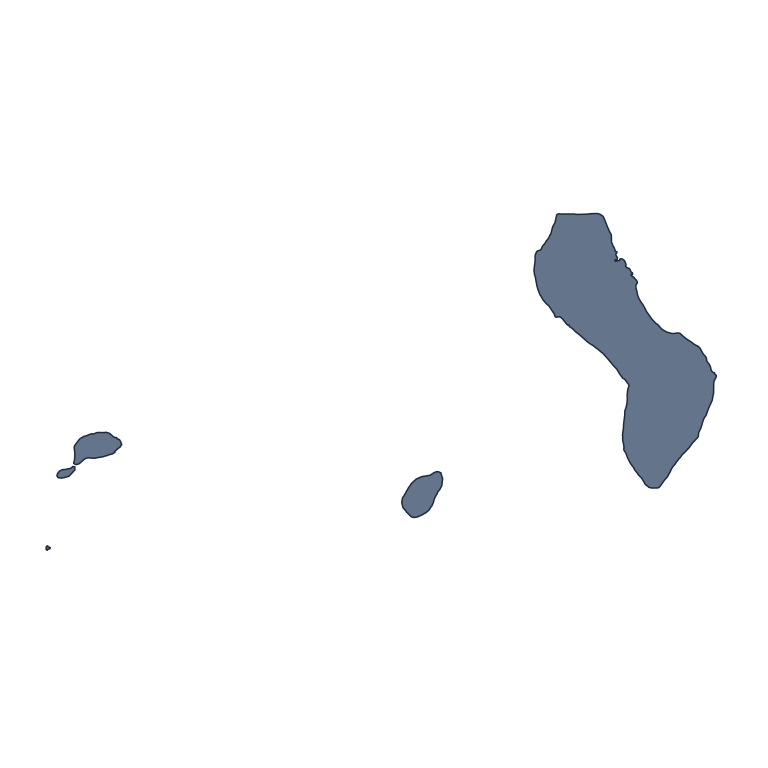 the district of Makimae, Shefa, Vanuatu, rotated 92°
{"feature_id": "77236927B14255204108964", "entity_name": "Makimae", "entity_type": "district", "adm_level": 2, "iso_a3": "VUT", "parent_name": "Vanuatu", "parent_adm1": "Shefa", "projection": "orthographic", "projection_center": [168.399, -17.15], "detail": "fine", "context": "isolated", "style": "filled", "palette": "slate", "viewbox_px": 768, "rotation_deg": 92, "n_neighbors": 0, "source": "geoboundaries", "source_scale": "gbopen_adm2", "svg_char_len": 5401}
<svg xmlns="http://www.w3.org/2000/svg" viewBox="0 0 768 768"><g transform="rotate(92 384 384)"><path d="M443.5,140.7L443.8,140.3L449.4,137.9L454.0,135.4L455.5,134.4L458.4,132.0L461.1,130.5L464.0,127.9L465.7,126.8L468.7,123.6L472.8,120.7L475.0,119.6L477.4,116.4L477.9,115.9L478.6,113.2L478.4,107.2L477.9,105.7L476.5,104.4L470.8,100.7L468.9,99.2L466.8,97.4L464.8,96.5L464.0,96.0L463.2,95.8L462.1,95.0L459.8,94.2L456.8,92.6L453.7,90.1L452.8,89.7L450.2,87.8L448.5,86.7L446.8,85.1L444.7,83.9L441.3,80.6L436.9,76.7L434.6,75.3L432.2,73.6L426.6,68.7L425.4,68.0L423.8,68.0L421.6,67.8L420.3,67.2L417.3,65.9L413.8,64.9L410.4,64.1L409.1,63.7L406.5,62.6L404.1,61.0L397.8,59.1L388.8,55.4L384.3,54.8L381.7,54.3L371.1,54.5L369.3,54.1L365.4,52.3L364.6,52.1L363.6,52.4L362.2,53.9L361.3,54.1L361.1,54.4L361.0,55.6L359.6,57.0L358.0,57.7L355.9,58.2L353.3,59.4L352.2,60.3L350.8,61.5L349.3,62.3L347.2,62.6L345.6,63.4L342.9,66.0L337.0,69.5L335.8,70.9L334.9,72.3L334.0,74.6L330.9,79.0L329.1,82.2L326.4,86.0L323.0,90.0L322.7,92.1L322.8,92.6L323.4,96.2L323.5,97.3L323.2,99.2L322.2,103.2L321.0,105.6L319.8,107.8L318.6,109.2L315.9,111.6L314.9,112.7L314.0,114.3L309.5,118.8L308.5,119.5L302.1,124.4L301.0,124.9L300.7,125.1L296.0,127.8L292.7,130.3L289.3,132.4L286.1,133.7L284.8,134.1L282.8,134.4L279.5,135.5L276.8,135.7L275.5,135.3L274.6,134.5L273.7,134.4L272.8,134.5L271.1,135.7L269.9,137.1L268.8,137.8L267.3,140.4L265.3,141.0L266.1,140.2L265.9,139.5L265.1,139.4L264.1,139.7L263.4,141.0L261.0,142.1L260.6,142.4L259.7,143.5L259.3,145.1L258.5,146.2L257.5,146.7L256.9,146.3L256.0,146.3L253.7,147.3L253.3,147.4L252.2,148.1L251.0,149.7L250.6,150.7L250.6,151.8L251.1,152.7L251.4,152.8L252.4,152.8L252.6,153.0L252.5,155.2L253.1,156.3L253.3,156.5L253.3,156.9L252.7,157.5L252.0,157.6L251.9,157.5L251.7,155.8L251.2,155.3L249.3,155.1L248.9,155.7L246.7,156.9L246.0,156.9L244.7,155.9L243.8,155.9L243.6,156.0L243.4,157.2L243.2,157.5L242.3,157.7L239.1,159.0L238.3,159.9L236.4,160.5L234.4,161.6L228.2,161.9L226.4,162.3L224.1,163.8L221.1,165.2L219.8,165.9L212.1,169.2L211.3,169.7L210.2,170.1L209.1,170.7L208.5,171.3L207.1,173.5L206.3,175.7L206.2,177.7L206.6,183.7L207.1,186.1L207.8,196.8L207.5,200.4L208.0,214.7L207.8,214.9L208.2,216.6L209.2,217.4L216.6,218.7L220.9,220.9L228.5,222.6L229.5,223.5L231.8,224.3L233.4,225.2L235.4,226.9L237.9,228.1L240.7,230.4L243.7,231.6L244.1,231.9L244.8,232.6L245.3,234.3L245.9,235.6L247.2,236.4L249.3,237.2L251.5,237.5L254.7,237.3L258.0,237.4L259.8,237.7L265.4,238.1L266.5,237.9L269.9,237.3L271.4,236.6L280.3,234.7L284.1,233.5L284.4,233.2L284.7,233.2L289.5,231.2L290.1,230.6L294.4,228.0L298.0,224.7L300.3,221.9L301.4,221.1L308.2,216.2L310.5,215.5L311.1,214.9L311.2,214.1L310.9,212.4L310.7,211.1L311.3,209.5L312.7,207.9L315.0,205.9L317.8,203.6L318.8,202.2L318.6,201.3L318.8,201.1L319.6,201.0L320.2,200.6L322.3,197.3L325.1,194.4L327.8,190.6L332.3,185.1L334.9,182.1L336.8,179.1L338.4,176.2L340.7,173.2L341.9,171.2L344.2,168.5L345.4,166.7L350.5,161.7L357.3,155.7L361.0,151.9L365.3,149.2L369.4,146.0L369.8,145.6L371.0,143.4L372.2,142.6L373.6,141.3L374.1,141.1L375.8,139.6L377.1,139.2L377.6,139.2L379.6,139.8L381.2,140.2L383.3,140.4L387.6,140.6L389.5,140.3L392.2,140.4L393.4,140.4L398.4,141.1L402.6,142.4L406.5,142.3L415.1,143.1L420.0,143.2L423.4,143.6L426.9,143.9L428.4,143.5L430.2,143.7L431.1,143.5L431.8,143.5L436.1,142.4L438.7,142.0L439.7,142.0L440.6,142.1L442.0,141.8L443.3,140.9L443.5,140.7ZM508.7,359.1L509.7,358.1L511.2,357.0L513.1,354.9L515.2,352.8L515.7,352.0L516.2,350.9L516.3,349.7L516.3,348.7L515.6,345.7L513.4,341.3L511.0,337.4L508.9,335.1L507.4,333.9L505.8,333.2L504.2,331.9L500.6,330.5L498.3,330.0L496.9,329.6L495.6,329.1L493.6,328.1L492.2,327.2L490.1,326.6L487.4,324.5L483.8,322.8L482.2,322.5L479.7,322.5L477.9,322.2L476.7,322.1L475.8,322.3L472.0,323.8L471.4,323.8L470.9,323.9L470.7,324.2L469.7,326.9L469.8,328.5L470.9,331.0L473.5,334.6L473.7,335.2L474.0,336.7L475.2,342.7L476.1,344.9L478.0,348.6L480.8,351.5L482.7,353.3L484.6,354.3L486.6,355.8L492.5,358.8L494.3,359.8L495.2,360.2L496.7,361.3L500.0,362.0L502.0,362.1L506.4,360.9L507.0,360.6L508.2,359.6L508.7,359.1ZM447.0,682.4L448.5,684.8L449.5,686.1L450.2,686.7L456.5,691.1L457.9,691.4L458.5,691.4L460.4,691.1L462.6,690.8L465.6,690.5L469.6,690.6L471.5,690.8L473.5,691.4L474.1,691.3L474.9,690.2L475.1,689.8L475.2,688.6L474.9,687.4L474.2,685.7L469.5,680.7L468.4,678.6L468.2,678.0L468.1,676.7L468.3,672.7L468.4,671.1L467.2,665.7L466.7,662.9L466.0,660.8L465.6,659.9L465.2,658.1L464.5,656.8L464.0,655.3L463.9,654.7L463.3,652.9L461.8,650.6L461.0,650.7L458.4,648.3L458.2,648.1L456.1,645.4L454.8,644.9L453.9,644.1L453.7,644.0L451.8,644.7L450.9,645.2L449.3,646.1L448.8,646.6L447.9,649.0L447.4,649.1L447.0,649.4L446.8,650.0L447.0,650.9L446.4,652.0L445.7,653.2L445.2,653.7L443.0,656.4L442.5,657.9L441.9,660.4L442.3,661.4L442.4,668.1L442.6,669.1L444.1,672.8L444.0,673.2L443.9,674.1L444.0,674.6L444.5,676.0L445.0,677.3L446.5,680.4L446.6,681.8L447.0,682.4ZM489.0,706.4L489.3,703.2L488.8,700.7L487.8,697.3L487.1,695.5L484.9,693.6L483.2,692.1L480.6,689.9L477.6,690.1L477.3,692.2L478.5,693.2L479.4,694.8L479.9,697.3L480.6,699.8L480.7,702.2L482.2,705.1L484.7,707.1L487.2,707.7L489.0,706.4ZM558.7,712.9L558.4,713.9L557.6,714.4L557.5,714.8L557.8,715.2L558.5,715.8L559.0,715.9L560.6,715.9L561.3,715.7L561.6,715.5L561.8,715.1L561.8,714.7L561.2,714.4L560.8,714.0L560.7,713.0L560.2,712.1L559.2,711.9L558.7,712.9Z" fill="#64748b" stroke="#1e293b" stroke-width="1.5"/></g></svg>